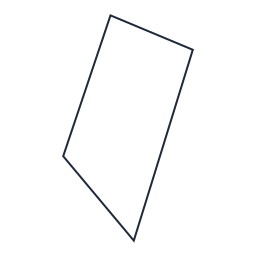 outline of Morne Bonin, Soufrière, Saint Lucia
{"feature_id": "8701671B99330114936147", "entity_name": "Morne Bonin", "entity_type": "district", "adm_level": 2, "iso_a3": "LCA", "parent_name": "Saint Lucia", "parent_adm1": "Soufrière", "projection": "albers", "projection_center": [-61.033, 13.832], "detail": "fine", "context": "isolated", "style": "outline", "palette": "slate", "viewbox_px": 256, "rotation_deg": 0, "n_neighbors": 0, "source": "geoboundaries", "source_scale": "gbopen_adm2", "svg_char_len": 196}
<svg xmlns="http://www.w3.org/2000/svg" viewBox="0 0 256 256"><path d="M161.7,150.5L192.8,49.8L110.5,15.4L63.2,156.2L133.8,240.6L161.7,150.5Z" fill="none" stroke="#1e293b" stroke-width="2"/></svg>